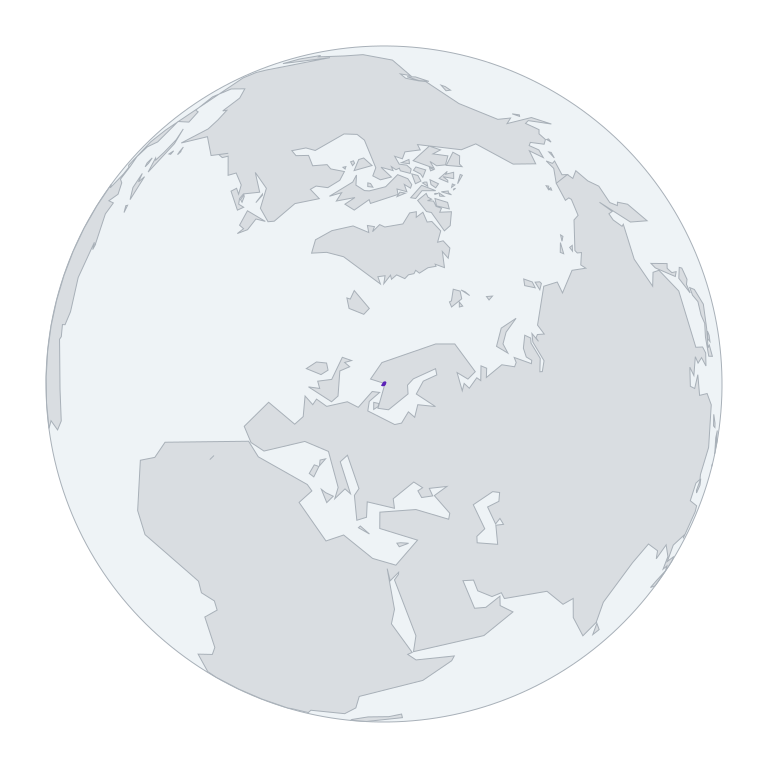 Vestfold on an orthographic globe, rotated 36°
{"feature_id": "NOR-923", "entity_name": "Vestfold", "entity_type": "County", "adm_level": 1, "iso_a3": "NOR", "parent_name": "Norway", "parent_adm1": "", "projection": "orthographic", "projection_center": [10.149, 59.326], "detail": "fine", "context": "on_globe", "style": "filled", "palette": "violet", "viewbox_px": 768, "rotation_deg": 36, "n_neighbors": 0, "source": "natural_earth", "source_scale": "10m", "svg_char_len": 11579}
<svg xmlns="http://www.w3.org/2000/svg" viewBox="0 0 768 768"><g transform="rotate(36 384 384)"><circle cx="384" cy="384" r="338" fill="#eef3f6" stroke="#a8b0b8"/><path d="M46.1,382.8L47.2,386.2L49.8,367.4L50.2,358.7L48.8,357.1L52.9,325.3L58.1,306.8L90.1,219.2L97.6,207.0L104.4,199.0L148.5,151.7L113.9,184.2L124.7,170.7L139.6,155.5L138.9,157.7L159.1,141.9L173.4,129.9L200.4,117.0L224.2,118.9L215.0,123.5L221.8,123.9L233.8,118.4L240.0,114.8L279.7,113.1L320.5,103.0L330.1,94.4L330.5,101.0L346.6,81.8L366.6,75.3L345.9,86.1L345.3,90.0L359.9,87.1L362.4,90.5L370.9,91.3L372.6,95.9L360.4,102.5L361.3,105.8L371.6,103.6L379.8,107.2L364.5,109.9L377.3,116.7L359.2,130.2L317.1,135.8L308.9,149.0L270.4,170.6L275.7,173.3L264.5,183.9L266.5,191.0L258.8,193.5L267.1,197.2L273.7,193.6L279.6,194.1L281.4,198.2L271.9,201.9L269.6,200.4L267.7,203.6L262.2,203.8L265.9,206.0L254.2,210.4L268.3,212.2L261.1,220.9L252.6,222.2L250.3,213.9L224.8,198.2L215.5,197.9L204.7,205.2L191.1,235.5L182.1,238.9L172.3,249.4L178.6,251.0L188.6,243.4L198.0,249.4L209.0,240.0L214.5,241.3L227.1,235.4L228.5,245.2L223.1,258.2L212.7,263.8L210.0,269.8L222.7,272.1L205.9,290.4L199.5,316.8L194.8,320.9L180.7,314.5L173.8,294.8L155.5,288.5L170.7,301.9L158.6,312.8L158.1,318.8L160.7,323.9L166.6,323.5L163.2,329.5L146.9,317.9L149.7,312.3L154.8,315.9L151.5,306.9L140.4,300.2L135.2,306.8L124.0,291.3L120.1,295.9L115.5,295.5L122.4,288.9L109.8,300.8L95.8,287.7L78.3,308.2L91.8,281.0L94.4,268.2L96.0,254.9L93.0,257.9L99.2,237.5L97.9,227.0L87.0,235.1L76.6,252.3L70.7,273.1L73.7,273.1L72.2,286.8L63.1,292.7L58.6,321.2L53.2,331.1L50.5,345.2L50.8,356.6L50.4,373.2L53.6,375.4L57.3,386.8L53.7,397.5L58.6,396.6L58.6,410.2L68.2,440.1L66.5,440.1L74.0,477.6L87.9,509.8L91.1,523.5L88.9,524.9L95.1,535.4L95.2,538.5L125.0,578.7L144.6,603.6L146.9,613.0L136.2,609.4L139.1,616.8L122.0,597.5L106.5,576.8L92.6,555.1L80.4,532.4L70.0,508.8L61.4,484.5L54.6,459.5L49.8,434.2L47.0,408.5L46.1,382.8ZM73.2,312.8L68.6,351.2L66.4,335.4L67.7,337.0L69.9,325.9L72.3,308.5L71.7,295.6L73.2,312.8ZM82.0,316.1L82.4,310.2L82.7,315.2L82.0,316.1ZM242.4,112.8L233.8,118.0L222.0,121.9L228.9,117.1L242.4,112.8ZM265.1,107.2L261.8,110.3L254.5,108.7L258.7,107.4L265.1,107.2ZM336.4,87.8L328.9,90.1L335.3,86.7L336.4,87.8ZM371.8,90.6L373.1,89.0L377.0,90.1L371.8,90.6ZM225.4,230.5L226.2,233.0L223.4,232.8L225.4,230.5ZM230.2,225.8L226.4,223.9L228.1,221.4L230.4,222.7L230.2,225.8ZM383.1,98.4L388.9,101.0L380.9,99.4L383.1,98.4ZM234.4,228.9L231.6,217.3L234.7,213.1L245.9,214.3L234.4,228.9ZM390.9,103.3L405.0,110.1L409.2,106.8L405.4,120.4L394.6,109.8L384.1,108.2L390.6,106.5L390.9,103.3ZM275.1,190.8L268.0,194.7L272.2,187.7L275.1,190.8ZM276.3,186.2L280.8,164.9L292.1,161.4L288.3,169.1L301.6,161.9L304.9,170.6L298.3,176.5L290.4,176.9L297.7,180.0L276.3,186.2ZM401.0,127.1L402.6,129.9L398.6,128.3L401.0,127.1ZM282.2,193.8L282.2,189.7L291.9,186.3L293.9,194.0L290.1,192.6L282.2,193.8ZM303.5,156.0L311.1,155.0L315.8,161.7L319.4,162.3L305.9,170.5L303.5,156.0ZM288.8,195.4L294.6,198.1L291.7,203.5L283.0,197.7L288.8,195.4ZM293.6,182.2L298.4,181.1L296.4,184.2L293.6,182.2ZM284.4,224.7L284.1,219.4L289.1,217.1L284.4,224.7ZM297.0,198.7L298.0,196.9L300.0,195.5L303.1,198.3L297.0,198.7ZM310.2,174.8L310.6,178.0L315.9,171.8L319.7,176.9L310.0,181.5L315.8,181.7L317.0,183.2L307.8,185.3L310.2,174.8ZM312.2,197.2L301.1,205.3L300.6,215.3L296.1,217.6L297.7,201.1L312.2,197.2ZM310.4,190.0L310.5,194.9L304.8,195.0L301.2,191.7L310.4,190.0ZM325.8,178.7L322.5,169.7L324.7,169.1L325.8,178.7ZM313.1,200.0L315.8,198.0L313.7,200.7L313.1,200.0ZM323.1,185.2L321.7,182.0L324.3,181.3L323.1,185.2ZM322.3,196.8L318.7,199.3L316.2,197.1L322.3,196.8ZM323.6,191.4L327.4,191.3L317.4,194.8L322.5,190.1L323.6,191.4ZM325.8,185.0L326.9,183.6L326.1,186.5L325.8,185.0ZM333.9,204.0L321.8,209.0L316.2,204.0L328.7,199.7L333.9,204.0ZM721.3,363.0L721.4,369.4L719.8,364.9L718.6,369.7L715.1,356.7L706.8,348.3L707.0,365.4L703.3,358.1L692.0,358.0L690.1,382.5L689.7,431.6L695.8,452.2L692.9,470.8L674.4,461.7L663.1,446.3L658.3,457.0L637.7,455.9L607.5,486.8L601.6,483.9L596.3,492.5L581.4,496.2L571.7,490.0L563.5,496.7L589.1,512.2L597.7,504.8L602.5,487.5L608.2,495.0L622.3,492.6L612.7,528.8L565.2,583.2L557.8,568.9L507.6,536.3L507.6,529.4L507.2,528.8L506.5,527.7L504.7,539.6L495.1,531.5L524.9,560.1L531.0,573.7L564.6,584.6L562.1,588.8L572.1,588.4L600.7,562.7L601.4,568.1L589.6,601.0L547.6,651.3L551.6,662.6L546.0,673.8L516.6,690.9L515.9,694.3L500.1,700.9L497.0,702.5L494.3,703.4L470.2,710.7L445.7,716.2L420.8,719.9L410.5,720.3L392.4,711.8L404.1,703.7L402.0,696.6L376.0,677.8L381.9,665.0L374.3,659.2L359.0,660.2L349.9,652.6L340.4,651.7L279.2,646.3L259.1,631.2L231.7,588.9L241.7,578.1L241.1,559.8L308.1,509.9L325.1,516.8L381.0,510.4L388.5,512.9L384.9,529.7L429.3,545.1L440.1,529.9L477.3,531.8L500.1,523.6L502.9,490.6L465.5,503.4L456.0,490.1L483.6,466.8L515.8,455.4L513.2,449.9L490.3,444.7L495.1,429.9L482.0,441.8L489.2,445.9L481.2,453.7L474.2,450.5L476.2,445.2L465.7,445.8L458.9,471.4L465.5,478.4L439.7,489.2L448.2,502.1L442.1,510.2L425.5,491.5L425.2,483.3L396.3,463.1L394.3,472.6L421.4,492.5L414.1,491.8L411.6,505.7L407.7,494.6L378.7,471.2L353.7,477.0L326.3,508.8L310.8,509.5L295.8,500.4L301.4,466.6L335.4,469.0L337.8,457.9L327.2,440.1L338.5,442.6L338.3,435.9L350.8,435.8L364.8,419.9L376.9,418.0L378.9,397.0L385.4,393.4L382.3,406.7L386.7,415.3L416.5,410.5L421.2,405.3L420.1,392.2L428.4,392.9L423.5,380.9L438.9,372.0L416.0,373.1L414.1,358.6L421.4,345.6L416.7,341.3L404.7,362.6L403.7,371.1L409.3,377.9L402.8,402.2L393.4,407.2L384.6,383.1L370.2,387.9L369.7,367.9L402.3,321.2L417.7,310.0L450.6,320.4L449.0,330.7L436.4,331.8L451.3,343.5L448.5,336.4L455.5,337.3L455.4,324.4L460.3,324.4L451.8,312.3L457.8,310.9L463.0,318.6L468.0,299.2L479.5,293.3L478.3,288.9L473.7,286.0L491.3,280.9L489.6,278.0L483.2,278.5L475.7,273.1L469.2,261.8L475.7,260.6L478.9,264.5L495.3,271.4L502.9,282.5L504.8,280.9L499.8,271.1L479.8,262.6L474.0,256.2L483.9,258.7L479.9,257.3L479.0,253.8L484.3,249.4L473.6,246.1L455.8,211.0L464.2,199.7L474.9,205.4L469.3,181.5L479.2,171.7L473.2,172.0L466.5,161.6L463.3,164.4L460.0,163.8L441.3,139.6L441.9,133.5L427.1,124.5L424.1,124.8L422.8,128.8L405.4,120.4L409.2,106.8L415.9,106.7L413.8,98.7L429.5,99.9L441.5,97.7L460.0,104.5L467.9,102.5L466.0,99.7L475.4,95.4L500.9,97.3L488.2,108.1L451.5,110.3L467.2,110.2L465.9,114.1L473.0,116.6L483.9,116.5L483.7,114.1L513.1,136.0L543.9,147.0L536.0,135.5L539.6,130.4L567.8,135.5L614.7,171.0L620.0,166.8L626.0,169.8L633.9,180.2L625.4,176.0L625.8,182.5L619.8,178.9L629.7,195.0L621.5,190.6L633.2,205.8L638.0,205.0L632.4,192.0L646.0,207.7L651.0,201.8L661.0,208.5L683.9,244.5L693.2,271.2L695.7,275.4L694.6,280.9L700.4,298.4L708.5,298.8L710.8,304.4L716.8,333.1L715.6,329.7L712.7,344.3L717.5,361.0L719.9,353.2L720.9,358.0L721.3,363.0ZM288.5,541.8L287.5,547.6L288.5,541.8ZM552.7,457.7L570.2,446.9L557.5,432.5L563.2,427.3L556.8,424.6L556.5,431.6L540.1,422.6L545.9,411.4L541.3,403.8L535.2,407.2L527.2,429.2L550.6,441.9L548.7,452.7L552.7,457.7ZM68.6,440.9L69.3,446.5L67.4,441.8L68.6,440.9ZM63.6,337.3L63.8,343.8L63.1,348.7L62.4,344.4L63.6,337.3ZM71.5,390.1L72.9,398.1L70.3,391.5L71.5,390.1ZM68.4,357.0L70.2,384.1L65.4,372.6L64.7,355.7L66.6,364.8L68.4,357.0ZM76.8,319.0L76.4,323.6L74.8,324.3L76.8,319.0ZM82.2,319.8L82.0,318.4L83.2,314.9L82.2,319.8ZM159.6,313.4L160.8,314.6L162.3,320.4L159.4,319.0L159.6,313.4ZM182.9,339.4L176.9,348.5L179.1,340.9L173.8,340.4L171.7,324.1L192.4,322.2L183.4,325.8L182.9,339.4ZM174.7,302.6L173.7,312.6L174.0,301.7L174.7,302.6ZM325.2,400.8L330.6,405.7L327.5,413.4L312.1,417.2L316.4,405.9L325.2,400.8ZM339.0,411.0L334.6,386.9L344.0,384.1L339.5,389.7L346.1,390.2L340.6,399.4L353.9,420.8L352.0,429.2L324.6,430.7L334.6,425.4L328.7,420.7L339.0,411.0ZM306.8,335.1L305.0,325.9L327.7,331.5L326.7,339.5L311.3,343.4L303.4,336.2L306.8,335.1ZM254.8,233.8L252.7,230.8L255.3,229.7L259.3,231.3L254.8,233.8ZM283.9,222.4L266.9,245.9L263.6,243.6L257.7,260.8L246.7,261.5L250.9,250.2L237.9,264.0L237.3,254.1L229.5,264.2L240.0,239.0L238.9,231.1L244.4,239.6L254.5,239.0L258.6,236.4L269.4,223.4L272.0,206.6L282.6,203.9L289.3,206.4L290.3,210.0L283.1,210.6L289.5,215.0L279.9,218.6L283.9,222.4ZM362.0,244.5L353.3,242.5L364.5,254.3L355.0,257.0L356.9,258.2L351.2,264.1L347.5,273.5L342.8,273.4L343.4,277.1L339.6,281.3L338.9,286.5L330.1,288.3L328.5,294.9L325.3,292.1L324.9,303.0L321.2,295.8L316.0,300.8L322.3,305.2L276.5,304.8L260.2,311.2L248.5,320.7L243.8,307.6L251.7,290.6L266.1,274.3L282.6,270.4L277.4,265.5L283.8,262.3L285.2,267.5L286.8,257.6L292.4,256.5L305.2,243.4L304.2,230.5L308.9,225.6L312.1,230.2L314.5,222.2L323.7,227.6L327.2,224.4L339.9,226.8L344.0,237.8L347.7,233.4L357.4,235.3L362.0,244.5ZM337.3,205.0L344.5,217.0L342.8,224.6L321.5,217.4L317.0,219.5L303.3,215.7L306.1,205.0L309.7,207.0L313.9,206.5L311.4,210.1L316.6,206.9L321.8,209.7L327.2,208.0L328.1,212.3L337.3,205.0ZM395.2,506.0L400.7,506.2L408.9,504.6L407.4,513.6L395.2,506.0ZM375.1,490.4L379.8,489.0L381.8,500.4L376.1,500.3L375.1,490.4ZM380.7,478.9L379.9,488.1L377.0,483.1L380.7,478.9ZM386.5,404.9L391.3,402.8L392.5,405.7L390.6,410.6L386.5,404.9ZM393.4,282.0L388.7,279.1L389.7,277.1L384.3,266.6L391.0,264.1L396.8,269.4L393.4,282.0ZM497.5,498.4L492.0,506.7L488.0,505.2L490.8,502.6L497.5,498.4ZM448.3,512.8L460.4,513.9L447.8,515.3L448.3,512.8ZM399.7,277.4L396.7,273.4L401.9,274.7L399.7,277.4ZM395.5,261.7L401.3,262.1L391.1,262.6L395.5,261.7ZM595.0,643.1L568.2,667.3L554.8,675.5L555.1,674.4L566.8,662.7L583.3,650.4L592.2,640.7L595.0,643.1ZM721.9,387.9L719.2,392.0L720.1,381.7L721.6,368.9L721.9,387.9ZM696.9,452.5L702.4,456.2L700.2,464.0L696.9,452.5ZM697.6,258.2L696.6,255.5L696.7,255.9L697.6,258.2ZM690.8,242.5L692.1,245.2L692.5,246.4L690.8,242.5ZM699.1,280.1L700.9,288.5L699.3,286.4L695.9,274.4L699.1,280.1ZM668.6,214.7L674.8,221.1L677.3,224.7L675.2,224.2L668.6,214.7ZM452.2,253.2L452.3,270.3L456.7,281.6L466.1,286.2L452.9,287.4L446.0,269.9L452.2,253.2ZM454.7,216.2L446.4,212.8L449.9,209.8L452.2,210.1L454.7,216.2ZM449.8,217.3L440.0,221.7L435.3,216.9L444.0,214.3L449.8,217.3ZM420.1,249.1L419.6,254.3L415.5,253.0L420.1,249.1ZM687.5,235.4L691.3,244.0L684.0,232.5L681.0,225.7L687.8,236.8L686.2,232.8L687.5,235.4ZM622.8,158.1L619.4,157.1L614.5,151.0L618.3,153.4L622.8,158.1ZM595.4,131.7L612.1,149.1L624.9,164.2L624.3,161.3L633.4,168.6L630.4,170.6L616.3,156.9L607.8,146.4L599.9,141.8L589.5,132.8L581.4,130.8L574.7,126.3L579.5,125.1L595.4,131.7ZM578.2,130.4L560.4,125.2L554.3,116.1L556.8,115.2L567.6,121.2L570.2,125.7L578.2,130.4ZM554.3,121.4L556.5,125.8L535.2,130.6L529.1,129.5L542.2,120.2L545.1,124.0L551.4,124.7L554.3,121.4ZM405.7,128.6L402.9,129.8L403.5,127.2L405.7,128.6ZM458.4,165.7L453.9,164.4L454.8,161.2L458.4,165.7ZM442.0,159.4L444.1,163.9L439.2,159.6L442.0,159.4ZM449.2,173.9L443.6,165.9L452.8,173.0L449.2,173.9Z" fill="#d9dde1" stroke="#a8b0b8" stroke-width="1"/><path d="M384.4,381.8L384.6,382.0L384.7,382.3L384.7,382.5L384.7,382.8L384.4,382.6L384.4,382.8L384.5,382.9L384.5,383.0L384.9,383.3L385.0,383.4L385.0,383.5L384.9,383.8L385.1,384.0L385.0,384.3L385.0,384.5L384.9,384.5L384.8,384.4L384.7,384.3L384.6,384.5L384.5,384.9L384.5,385.0L384.4,385.1L384.4,385.4L384.5,385.6L384.4,385.5L384.4,385.4L384.4,385.2L384.4,385.4L384.4,385.6L384.2,385.2L384.2,385.3L384.2,385.5L384.3,385.7L384.2,385.8L383.9,385.9L384.0,385.8L384.1,385.7L383.9,385.7L383.8,385.8L383.7,385.8L383.7,385.7L383.6,386.0L383.4,386.2L383.1,386.2L383.1,385.9L383.1,385.7L383.1,385.4L383.1,385.2L383.0,384.9L383.2,384.7L383.1,384.4L382.9,383.9L382.9,383.7L382.9,383.4L382.9,383.1L383.6,383.0L383.8,383.0L383.7,382.9L383.6,382.7L383.4,382.4L383.3,382.2L383.7,381.9L383.8,382.0L383.9,381.8L384.1,381.8L384.4,381.8L384.4,381.8Z" fill="#8b5cf6" stroke="#5b21b6" stroke-width="1.5"/></g></svg>